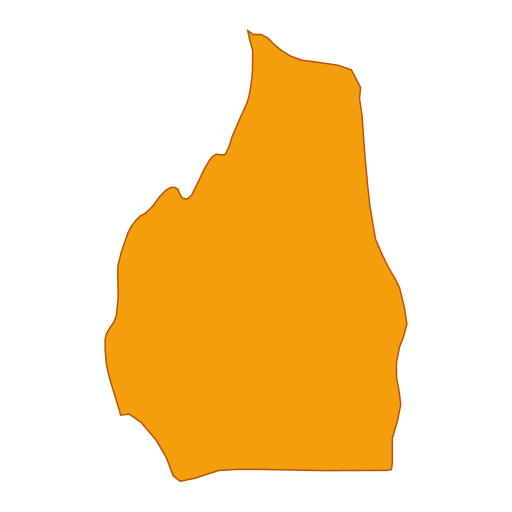 Louetsi-Bibaka, Ngounié, Gabon
{"feature_id": "22940354B39129548134605", "entity_name": "Louetsi-Bibaka", "entity_type": "district", "adm_level": 2, "iso_a3": "GAB", "parent_name": "Gabon", "parent_adm1": "Ngounié", "projection": "equal_earth", "projection_center": [12.206, -2.115], "detail": "fine", "context": "isolated", "style": "filled", "palette": "amber", "viewbox_px": 512, "rotation_deg": 0, "n_neighbors": 0, "source": "geoboundaries", "source_scale": "gbopen_adm2", "svg_char_len": 1444}
<svg xmlns="http://www.w3.org/2000/svg" viewBox="0 0 512 512"><path d="M247.8,30.7L249.7,39.7L252.7,50.5L252.5,69.9L251.7,79.3L250.7,86.9L248.9,96.6L246.7,103.6L243.9,109.8L239.7,118.9L236.5,126.5L231.9,137.2L229.1,146.7L224.9,154.8L221.1,154.8L216.1,154.2L212.1,156.9L208.9,161.2L205.1,167.7L201.9,173.9L199.5,179.3L194.7,189.0L191.5,195.4L187.1,199.0L182.9,198.4L179.7,194.1L178.1,189.5L175.1,187.4L170.9,187.4L165.7,190.3L160.5,195.7L156.9,200.3L152.7,206.2L148.3,210.5L144.7,213.8L140.7,215.7L136.1,220.0L131.1,226.7L128.1,232.6L125.1,241.0L121.1,252.8L118.1,265.0L117.7,272.8L117.9,281.7L118.1,290.8L118.1,298.6L117.1,308.1L116.5,314.8L114.3,321.5L110.1,327.5L106.5,333.7L105.1,339.3L105.1,349.0L106.3,363.5L107.8,371.2L110.1,380.0L112.4,387.7L115.7,398.3L118.0,406.0L119.9,412.1L120.5,415.1L129.3,414.2L141.0,422.3L156.4,440.5L166.6,458.1L173.1,475.6L180.1,481.3L195.5,478.1L218.3,470.6L236.0,469.4L259.8,469.4L291.0,470.0L323.6,470.6L386.6,470.4L391.4,469.6L392.3,463.0L392.3,447.1L392.3,438.2L397.1,422.2L400.7,404.9L399.5,393.7L396.5,377.2L396.5,362.4L399.5,347.1L403.4,337.1L406.9,324.2L404.3,307.0L399.5,287.7L394.1,276.9L388.5,267.6L381.9,254.0L375.6,239.5L373.0,224.3L370.0,206.6L367.6,185.3L364.9,155.2L363.4,135.1L362.0,115.4L359.5,98.6L360.6,87.5L351.4,69.9L338.3,65.3L317.9,62.3L301.7,60.2L290.4,56.0L281.4,50.5L274.5,44.7L267.6,37.9L261.3,34.5L253.2,34.5L247.8,30.7Z" fill="#f59e0b" stroke="#b45309" stroke-width="1.5"/></svg>